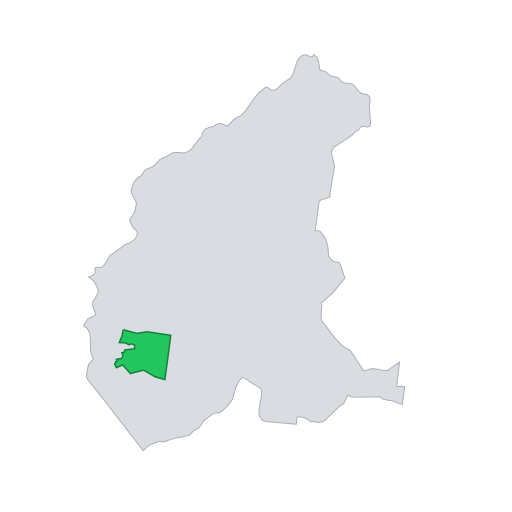 Lafon, Eastern Equatoria, South Sudan shown in context, rotated 97°
{"feature_id": "79223893B81439496011559", "entity_name": "Lafon", "entity_type": "district", "adm_level": 2, "iso_a3": "SSD", "parent_name": "South Sudan", "parent_adm1": "Eastern Equatoria", "projection": "albers", "projection_center": [32.675, 5.157], "detail": "fine", "context": "in_parent", "style": "filled", "palette": "green", "viewbox_px": 512, "rotation_deg": 97, "n_neighbors": 0, "source": "geoboundaries", "source_scale": "gbopen_adm2", "svg_char_len": 4148}
<svg xmlns="http://www.w3.org/2000/svg" viewBox="0 0 512 512"><g transform="rotate(97 256 256)"><path d="M414.7,392.1L399.5,407.5L398.4,408.4L396.5,409.6L390.4,409.7L384.0,408.9L378.1,404.9L372.1,408.0L368.4,409.0L366.1,409.3L360.8,409.8L353.3,411.5L349.9,413.5L348.1,415.2L346.6,418.2L345.8,418.5L344.5,418.1L342.5,416.9L338.6,415.2L336.6,411.3L334.7,409.0L333.2,407.8L326.8,411.6L323.8,412.5L321.3,412.4L316.7,410.2L311.6,408.4L309.0,408.4L305.1,410.7L300.6,414.1L298.3,417.5L297.2,419.5L295.7,416.4L294.2,414.4L292.0,413.7L287.8,414.4L286.8,413.3L286.6,410.7L286.0,408.3L284.9,406.5L281.6,404.7L273.2,400.9L266.7,393.6L263.4,390.2L261.1,387.9L257.7,382.2L253.9,378.2L249.2,376.3L246.1,377.2L242.9,381.4L236.9,385.4L234.2,385.5L230.7,383.3L226.3,381.8L218.3,381.0L215.0,382.9L210.7,386.0L207.1,387.8L204.8,388.0L202.7,387.2L200.3,386.8L198.3,386.7L194.1,383.9L191.9,381.8L190.4,379.8L188.0,378.5L185.2,377.3L183.2,375.6L182.3,373.4L180.7,370.5L178.7,368.0L172.2,363.4L170.3,360.7L169.0,358.0L166.4,355.1L163.6,351.2L162.7,345.5L162.6,340.9L162.1,338.8L160.9,336.7L159.5,334.9L157.3,332.9L152.0,329.9L146.6,326.4L144.0,324.4L139.1,323.7L136.1,321.7L133.7,317.4L132.7,314.0L130.2,311.3L129.2,309.4L128.6,307.1L130.6,300.4L127.8,298.0L123.5,294.8L120.5,291.4L118.6,288.3L113.2,284.1L101.2,277.8L94.4,273.8L90.6,270.3L87.3,266.8L87.0,265.3L89.2,261.9L89.6,259.1L87.9,256.0L80.7,250.0L75.1,243.4L70.8,241.4L60.4,239.4L57.4,238.7L54.3,237.4L51.2,234.5L50.2,231.0L51.8,225.5L50.9,223.8L49.1,223.3L49.6,222.2L51.6,219.5L54.9,217.8L63.5,215.2L64.0,214.2L64.2,210.7L64.9,209.1L67.9,204.3L68.4,202.4L68.6,198.4L69.0,196.5L69.9,195.1L72.3,192.8L73.1,191.4L73.5,188.3L73.3,182.1L74.6,179.7L80.0,174.2L81.5,171.7L82.0,169.5L82.0,167.2L82.4,165.0L84.0,162.8L85.4,162.2L89.4,161.6L92.1,162.0L111.2,158.4L113.4,159.0L114.4,161.2L114.2,164.8L114.5,166.6L115.5,167.9L118.5,169.6L120.6,172.5L121.7,173.6L124.7,175.6L138.8,192.2L142.7,193.8L146.6,193.2L154.3,189.9L158.2,189.0L185.1,190.2L188.1,189.7L188.3,189.8L192.3,198.1L194.3,200.0L223.8,200.3L223.3,197.9L223.7,195.3L228.9,190.3L229.6,189.7L234.2,187.3L238.7,185.7L247.2,183.9L250.4,180.9L252.1,178.2L252.2,172.8L253.3,171.9L255.4,170.7L265.3,165.9L267.0,164.9L284.4,176.2L294.2,185.0L294.8,185.5L295.3,185.6L295.8,185.3L296.3,184.9L297.5,184.5L301.7,184.4L309.6,184.0L312.2,183.0L328.2,167.2L332.3,162.2L333.3,161.2L335.6,157.6L338.1,151.4L338.5,150.7L356.0,136.0L356.6,134.8L356.8,133.9L354.2,128.9L353.6,126.4L353.5,122.5L354.0,116.5L353.8,112.7L353.6,111.7L353.5,111.4L343.7,100.6L368.3,100.5L368.3,99.1L368.3,98.7L367.8,97.4L367.5,95.7L367.6,94.7L367.7,93.8L367.7,93.3L367.6,92.9L367.7,92.7L367.8,92.5L385.4,92.7L385.2,95.8L383.0,103.0L383.1,107.3L382.6,112.3L382.0,113.7L381.1,114.9L380.8,115.5L380.8,116.1L384.4,143.7L384.2,144.9L383.2,146.6L382.9,147.2L382.9,147.6L383.3,147.9L391.4,150.9L391.8,151.1L392.1,151.3L395.1,154.9L411.2,168.0L411.7,168.7L413.4,172.8L413.6,173.4L413.6,174.4L413.6,175.2L413.2,177.7L413.3,178.8L413.6,179.5L413.8,180.4L413.8,180.6L413.7,181.2L411.3,186.0L410.5,189.4L410.3,192.3L410.4,193.9L410.7,195.0L410.9,195.4L411.2,195.6L418.1,195.6L418.1,197.1L419.0,222.2L419.1,225.0L418.8,228.5L418.0,229.9L416.0,231.9L413.6,233.7L407.3,234.2L402.1,234.2L398.4,233.8L393.3,233.6L388.6,234.0L386.8,235.5L380.5,248.9L378.6,252.2L378.1,254.2L378.7,255.3L381.1,257.0L386.5,259.4L392.7,260.7L397.3,261.3L400.5,262.0L402.9,262.7L411.7,268.7L414.6,271.5L416.1,274.0L416.5,276.7L417.8,279.4L425.8,287.7L433.5,291.6L436.4,296.0L439.2,298.2L441.9,300.5L443.4,304.0L446.7,314.0L449.0,319.3L451.3,323.6L452.2,330.6L454.0,333.7L455.9,337.5L459.0,340.9L462.3,343.6L462.9,344.3L429.8,377.1L414.7,392.1Z" fill="#d9dde1" stroke="#a8b0b8" stroke-width="1"/><path d="M346.0,378.9L352.1,379.3L358.6,381.2L358.1,375.1L359.6,371.1L358.3,369.2L359.0,365.8L362.8,365.0L365.3,374.9L367.4,374.9L368.4,377.4L371.1,375.9L374.1,376.9L375.6,382.0L377.2,381.3L378.2,382.4L380.8,383.1L383.9,380.9L380.4,375.1L388.0,366.3L387.9,366.2L383.0,353.7L388.2,341.5L389.8,331.4L360.2,331.0L345.1,331.0L344.6,349.1L344.5,354.9L347.3,364.7L345.4,378.0L346.0,378.9Z" fill="#22c55e" stroke="#15803d" stroke-width="1.5"/></g></svg>